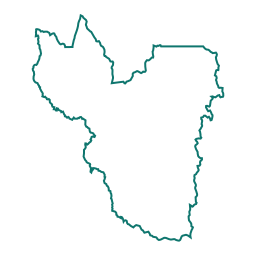 outline of Campo Novo de Rondônia, Rondônia, Brazil
{"feature_id": "56859067B44422974522674", "entity_name": "Campo Novo de Rondônia", "entity_type": "district", "adm_level": 2, "iso_a3": "BRA", "parent_name": "Brazil", "parent_adm1": "Rondônia", "projection": "equal_earth", "projection_center": [-63.833, -10.498], "detail": "fine", "context": "isolated", "style": "outline", "palette": "teal", "viewbox_px": 256, "rotation_deg": 0, "n_neighbors": 0, "source": "geoboundaries", "source_scale": "gbopen_adm2", "svg_char_len": 5705}
<svg xmlns="http://www.w3.org/2000/svg" viewBox="0 0 256 256"><path d="M190.6,237.4L190.3,235.6L190.5,233.4L191.4,230.7L191.8,229.6L192.3,228.9L192.9,227.3L191.4,226.3L191.3,223.9L190.8,222.8L189.0,220.4L188.7,218.1L188.6,216.3L189.7,215.0L189.3,211.8L190.1,209.9L190.2,208.8L189.9,204.9L191.5,205.9L192.2,206.7L193.1,206.3L193.8,205.2L194.6,204.5L196.1,204.0L196.6,202.8L195.9,201.9L195.6,197.2L196.5,196.4L197.1,195.2L197.1,194.1L196.2,191.1L195.2,188.5L195.2,187.2L195.9,185.9L195.8,184.5L194.2,181.4L194.1,180.1L194.7,178.0L194.3,176.6L194.5,175.1L196.1,174.1L196.8,172.7L198.2,171.1L198.7,170.0L197.7,167.2L197.5,165.9L199.5,165.7L200.3,164.6L200.0,162.1L200.6,160.8L201.4,160.4L202.0,159.4L201.9,158.2L200.5,158.2L199.0,157.1L198.2,156.1L197.7,153.8L197.6,151.9L196.1,149.2L195.2,146.6L195.4,145.4L197.1,144.0L197.7,143.2L197.1,141.8L196.2,140.9L195.5,139.6L196.3,138.9L197.7,138.6L198.5,138.4L200.6,138.6L201.3,137.7L200.8,137.0L200.5,135.8L200.5,134.4L200.0,131.5L199.4,130.6L199.8,129.8L200.5,129.0L202.1,126.1L202.1,125.1L201.6,124.2L202.2,120.9L202.0,120.0L201.3,119.2L201.2,117.6L203.0,117.1L204.0,115.7L205.3,115.7L207.7,117.6L208.9,116.8L209.9,118.2L210.6,120.3L211.5,120.1L212.0,118.7L212.5,116.3L212.5,115.1L211.8,114.4L211.0,112.3L210.0,110.5L208.2,111.2L207.6,110.3L206.0,107.3L206.1,106.0L207.0,105.8L209.3,106.6L210.0,105.8L210.7,100.8L212.7,98.6L212.4,97.4L211.5,96.6L212.6,96.4L213.9,97.0L215.5,97.3L217.8,95.5L219.3,95.1L219.9,96.6L220.5,97.3L221.7,96.9L222.8,96.9L223.3,95.9L223.2,93.3L222.3,91.4L222.6,88.0L220.8,87.7L219.2,87.9L218.4,87.2L218.2,86.0L216.9,83.4L216.7,81.8L216.0,80.0L216.7,78.0L216.3,76.3L214.9,75.4L216.2,70.4L217.1,70.0L218.3,70.1L218.5,68.9L218.3,68.0L218.9,65.7L217.6,64.0L216.2,59.6L215.9,57.2L216.5,56.2L216.9,54.6L216.5,53.4L215.9,52.6L213.9,53.0L212.6,53.1L211.7,52.3L210.7,51.9L209.3,50.4L208.2,49.7L206.4,49.5L205.5,48.9L204.8,48.4L203.2,46.4L161.1,46.4L160.5,45.2L159.7,45.2L158.5,45.9L157.4,45.7L156.5,46.6L153.6,45.5L153.6,47.4L153.1,50.7L152.6,51.5L152.9,54.5L153.3,56.3L153.1,57.5L151.9,57.5L149.8,59.6L148.7,60.4L146.9,60.2L145.7,61.8L145.2,63.0L145.3,66.7L145.8,70.6L145.2,71.7L144.0,71.9L143.2,71.6L142.2,72.5L141.1,73.1L138.3,71.5L137.1,71.1L134.6,72.4L133.5,72.7L132.7,73.9L132.8,76.0L130.5,80.1L128.0,81.2L126.6,81.6L125.3,83.4L124.5,83.3L123.4,81.7L111.8,83.2L113.0,78.2L113.0,77.0L112.4,74.1L112.5,70.6L112.4,69.4L111.6,68.1L111.7,67.1L113.0,65.0L113.2,62.4L112.6,61.5L111.6,61.6L110.4,61.4L109.1,58.8L106.1,56.9L105.5,56.0L104.6,56.0L104.1,54.8L104.6,51.9L104.4,49.6L103.3,47.4L102.8,46.8L101.0,45.7L100.4,44.4L100.1,43.0L98.9,41.1L97.3,41.5L96.3,41.2L95.7,39.1L94.4,37.4L91.2,31.8L90.4,31.5L87.2,28.5L86.9,27.7L86.6,26.5L86.1,25.5L85.9,24.6L86.7,21.6L86.0,20.0L83.4,17.8L82.6,16.3L80.7,15.4L80.1,18.8L78.9,21.4L78.3,23.4L78.0,26.0L77.4,28.5L76.8,30.5L74.8,36.1L74.5,38.2L73.8,40.1L72.6,45.5L72.5,47.0L65.2,47.1L65.0,45.9L64.3,44.3L63.4,43.8L62.4,43.7L61.4,44.2L60.5,44.3L59.6,43.6L57.8,40.9L56.7,38.6L56.4,37.1L55.0,35.2L54.3,33.5L53.5,33.3L52.2,33.7L50.1,35.2L49.3,32.9L47.2,31.7L44.6,31.7L43.8,32.0L42.5,31.2L40.8,31.5L40.1,30.3L39.0,29.6L36.9,29.1L36.1,29.4L36.2,30.7L35.9,32.2L36.1,33.4L35.8,36.3L36.7,36.1L37.8,35.5L38.3,36.2L38.5,38.4L38.0,39.0L38.5,42.0L38.0,43.6L39.5,45.3L39.6,48.5L40.3,49.7L41.0,53.6L40.5,55.5L39.6,56.2L39.5,57.8L39.1,59.5L37.6,62.6L37.4,63.6L36.4,64.9L35.7,64.7L34.7,64.9L34.0,65.5L33.4,66.6L33.5,67.7L32.7,68.9L33.0,70.6L33.8,71.6L34.2,74.5L33.6,76.6L33.5,78.9L33.9,80.3L34.4,81.2L35.5,82.4L37.5,83.1L38.3,84.9L39.0,85.5L39.2,86.9L40.1,87.2L40.0,88.3L40.3,89.2L41.1,90.5L41.4,91.4L42.2,92.3L42.8,93.6L42.6,94.6L42.8,95.5L42.4,96.4L44.3,97.1L45.1,96.7L45.7,97.5L46.5,97.9L46.9,99.2L48.0,99.4L48.8,99.0L49.7,99.8L49.9,102.5L52.1,104.5L52.0,105.5L52.5,106.7L54.3,107.2L53.8,109.2L54.9,109.2L56.0,110.5L56.8,110.5L56.9,108.3L58.0,108.6L58.7,110.0L61.0,111.0L61.3,112.2L63.0,111.6L64.2,114.5L64.9,115.2L64.9,116.3L65.9,116.5L67.1,117.7L68.2,116.9L68.9,117.4L69.5,118.6L72.2,119.8L73.8,117.6L74.6,118.6L76.5,118.7L77.6,118.6L78.3,117.9L79.1,118.1L79.9,117.2L81.0,117.0L81.7,117.8L82.2,118.9L82.9,118.6L85.5,120.3L85.3,124.5L85.7,125.6L86.4,126.8L87.2,126.9L88.0,127.9L89.4,128.6L89.7,130.9L90.2,132.2L90.8,132.7L91.6,132.7L93.3,133.4L93.9,134.6L95.1,135.8L94.5,137.0L92.6,136.5L91.6,136.9L91.2,138.3L90.5,139.5L91.3,140.3L90.7,141.6L89.2,142.7L88.1,144.0L87.2,144.6L86.3,143.5L85.4,143.4L85.2,144.7L85.7,146.6L85.7,147.6L84.8,149.0L84.0,149.8L84.0,153.4L83.6,156.6L85.1,159.9L86.3,161.2L86.6,162.1L87.4,162.7L89.9,163.8L90.2,164.6L89.7,165.8L91.0,168.4L90.5,171.8L91.3,172.5L91.6,171.3L93.0,169.5L92.6,168.2L93.9,168.1L96.1,168.6L97.1,169.2L98.2,169.2L98.5,170.7L100.1,171.0L101.3,171.9L103.4,172.3L104.7,174.8L104.5,176.8L105.2,177.1L104.5,179.5L103.9,180.8L104.6,183.1L106.3,184.1L106.8,185.7L107.8,186.3L108.5,187.7L108.7,188.8L108.8,190.5L110.4,191.1L110.6,192.9L111.2,193.8L111.5,196.0L111.0,198.5L111.6,199.0L112.2,201.7L112.7,203.5L112.1,204.6L112.5,206.4L112.1,207.6L112.6,208.8L112.2,209.7L112.2,210.8L114.7,211.5L115.4,211.8L116.3,213.1L116.3,214.8L117.2,215.4L117.5,216.7L118.7,216.8L120.9,218.1L121.0,216.9L121.7,217.0L122.5,218.0L123.1,219.3L123.6,221.6L124.2,220.7L125.6,220.3L126.6,220.8L126.9,221.8L127.2,223.2L127.9,224.1L128.9,224.3L130.9,226.0L133.4,227.4L134.5,226.2L136.2,225.1L139.7,226.0L141.6,229.7L142.9,230.4L144.4,232.7L148.4,231.7L149.8,233.9L150.2,235.3L152.1,235.8L153.1,236.8L156.1,237.3L156.8,237.9L157.5,239.1L158.9,240.0L160.7,239.6L164.2,237.8L165.9,237.9L168.9,239.1L170.9,239.6L174.1,239.1L174.9,239.3L176.1,240.0L178.3,240.6L179.2,240.6L180.2,239.9L181.7,236.4L182.6,235.7L185.6,234.9L186.3,234.9L187.9,235.5L190.6,237.4Z" fill="none" stroke="#0f766e" stroke-width="2"/></svg>